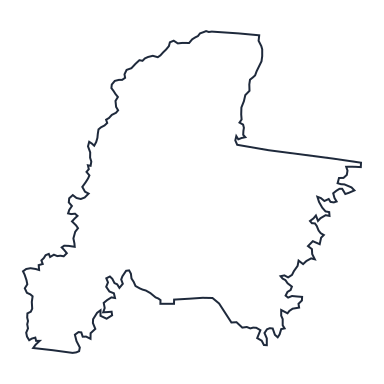 the district of Catanduvas, Paraná, Brazil
{"feature_id": "56859067B59737068657378", "entity_name": "Catanduvas", "entity_type": "district", "adm_level": 2, "iso_a3": "BRA", "parent_name": "Brazil", "parent_adm1": "Paraná", "projection": "natural_earth1", "projection_center": [-53.163, -25.234], "detail": "fine", "context": "isolated", "style": "outline", "palette": "slate", "viewbox_px": 384, "rotation_deg": 0, "n_neighbors": 0, "source": "geoboundaries", "source_scale": "gbopen_adm2", "svg_char_len": 3945}
<svg xmlns="http://www.w3.org/2000/svg" viewBox="0 0 384 384"><path d="M238.6,33.4L211.8,31.6L208.8,32.0L206.1,31.1L203.6,32.1L200.0,33.4L197.9,36.1L195.4,37.3L192.2,39.3L189.1,43.0L182.5,42.9L177.8,43.4L173.7,40.7L169.9,42.3L168.9,46.1L166.1,49.5L163.2,52.3L160.4,55.4L157.8,57.2L152.8,55.8L148.0,57.0L144.9,58.4L142.5,60.8L139.4,60.2L135.5,63.8L131.4,68.2L126.6,69.9L124.5,74.3L125.1,77.8L122.1,79.9L118.8,79.9L114.8,80.9L111.8,84.5L111.4,88.1L113.7,91.2L115.4,93.9L117.9,97.0L115.5,100.9L116.1,106.9L118.1,110.3L116.0,112.8L111.8,114.9L109.0,118.0L106.1,119.7L107.2,123.0L104.5,125.5L101.0,127.3L98.5,129.4L97.8,133.9L97.4,137.9L96.2,142.0L94.2,145.7L91.9,143.6L89.2,141.8L88.0,146.3L90.2,152.4L90.1,157.7L91.3,161.6L90.6,165.8L87.9,165.3L88.8,169.2L86.5,171.9L89.4,175.4L88.1,178.4L85.7,182.2L82.3,186.9L85.0,191.7L88.6,193.6L84.7,197.5L80.8,199.0L76.5,198.0L72.8,195.1L69.2,198.3L68.8,202.4L71.9,206.0L69.3,209.8L68.1,213.4L71.1,214.1L75.0,213.7L77.5,215.9L74.5,218.7L72.0,221.4L76.1,225.4L78.0,228.2L75.2,231.8L73.4,238.4L74.4,243.3L74.7,246.8L68.8,245.9L64.2,245.7L61.7,247.4L64.0,249.8L66.8,253.2L63.7,256.3L60.4,255.7L57.3,256.1L53.9,254.7L50.1,257.0L48.8,253.9L45.6,255.2L43.8,258.1L41.4,260.4L42.7,264.0L38.7,265.1L39.1,270.0L35.7,269.0L30.5,268.2L26.2,269.0L23.0,271.3L24.6,274.6L26.5,280.2L27.3,284.3L24.8,288.3L26.9,292.8L30.4,294.4L32.6,296.3L31.8,301.9L32.2,308.7L30.8,311.7L27.4,313.4L27.2,317.6L28.0,321.0L27.2,324.3L28.0,328.4L26.2,332.7L27.0,336.6L29.2,340.2L31.8,338.6L35.3,337.6L36.1,340.9L39.6,340.9L35.5,344.8L33.2,348.0L52.7,350.2L72.6,352.9L76.2,352.4L79.1,351.2L79.8,347.5L76.5,341.1L74.9,334.7L78.5,332.1L81.3,332.4L82.7,336.7L86.1,336.6L90.5,338.8L90.6,333.2L95.3,328.9L92.9,323.0L93.1,319.2L97.1,312.8L100.5,310.3L100.5,315.8L106.6,318.7L112.1,315.3L111.6,311.7L107.1,312.1L103.2,312.3L104.7,308.0L103.7,302.9L107.1,300.1L111.4,297.4L115.0,298.0L113.9,293.3L109.4,291.5L106.2,286.8L108.0,282.4L106.3,278.3L109.9,276.5L112.3,278.8L114.5,283.1L117.2,284.3L119.4,287.9L122.8,283.8L121.2,279.5L122.4,276.3L126.1,270.8L129.1,270.4L130.9,273.7L131.5,278.5L133.7,281.9L135.5,286.0L139.8,288.4L142.6,289.6L145.8,290.5L150.4,293.1L155.6,297.4L158.3,298.5L160.5,300.1L160.4,303.8L174.0,303.8L174.1,299.6L189.5,298.7L202.6,297.8L212.5,298.0L219.1,303.5L231.4,322.5L236.5,322.2L242.3,327.6L246.8,327.0L250.3,328.4L253.2,327.6L256.3,327.8L260.4,330.2L257.2,338.1L261.7,340.7L263.9,345.0L266.8,345.2L266.8,338.4L264.5,333.0L267.0,329.3L269.8,328.2L272.7,328.5L274.9,334.8L277.7,337.3L279.6,334.4L281.2,329.1L284.6,328.4L282.7,325.3L282.7,319.1L281.2,315.7L281.2,310.0L287.5,313.3L289.4,310.9L292.6,308.7L299.1,307.6L298.5,303.8L301.9,300.5L302.1,296.9L297.1,296.5L292.0,296.0L288.1,297.6L285.6,295.6L287.5,291.9L290.6,290.0L291.9,286.6L287.6,283.3L285.4,280.1L282.6,278.6L280.6,276.2L284.4,275.4L288.1,277.4L292.0,274.9L293.9,271.1L297.6,265.9L298.6,260.6L303.1,264.1L306.4,261.0L311.1,258.4L314.8,259.3L312.2,254.1L311.9,249.1L308.0,246.1L312.8,241.2L319.7,244.2L321.1,237.7L323.8,235.0L320.7,233.2L318.6,230.5L316.7,225.9L314.9,223.4L311.9,223.2L310.0,221.0L313.5,218.4L315.9,215.5L318.0,220.9L320.5,218.2L325.6,215.2L329.5,215.9L329.2,212.1L325.5,211.4L322.2,207.6L319.0,201.9L317.4,196.8L320.9,198.1L324.4,201.0L328.7,199.0L330.5,201.9L333.8,202.4L336.6,201.5L334.5,198.0L333.2,193.3L336.3,190.8L339.5,188.8L342.2,188.8L345.3,194.0L348.9,192.8L354.4,190.4L351.5,187.4L344.4,184.4L341.0,184.2L337.6,183.2L339.0,178.0L343.5,177.9L346.8,174.9L347.5,170.6L346.2,166.8L350.1,166.7L355.0,166.8L360.8,167.1L361.0,162.7L333.1,158.6L268.5,150.2L237.2,144.8L235.3,140.4L236.3,136.1L238.3,139.3L241.6,138.0L245.3,137.2L243.2,134.8L243.4,131.0L243.9,127.8L243.1,124.6L239.5,122.6L241.6,119.5L241.2,114.4L241.4,107.5L243.9,101.2L245.3,95.1L249.5,90.8L249.3,84.4L250.0,79.7L252.9,77.4L255.1,75.4L256.6,71.3L261.5,61.3L262.2,56.2L262.2,49.3L261.3,46.1L258.6,40.8L259.2,35.3L238.6,33.4Z" fill="none" stroke="#1e293b" stroke-width="2"/></svg>